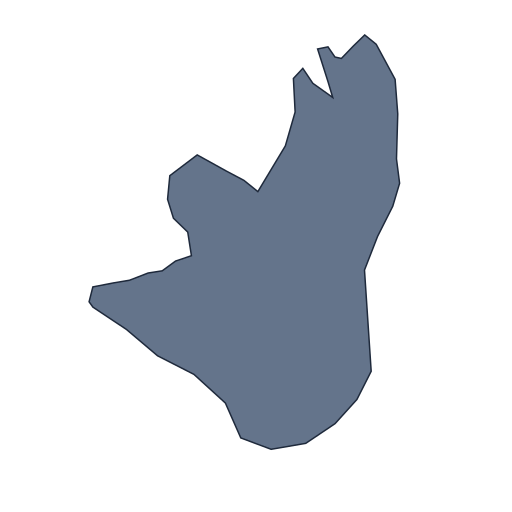 outline of Busan, rotated 168°
{"feature_id": "KOR-2507", "entity_name": "Busan", "entity_type": "Metropolitan City", "adm_level": 1, "iso_a3": "KOR", "parent_name": "South Korea", "parent_adm1": "", "projection": "mercator", "projection_center": [129.065, 35.158], "detail": "fine", "context": "isolated", "style": "filled", "palette": "slate", "viewbox_px": 512, "rotation_deg": 168, "n_neighbors": 0, "source": "natural_earth", "source_scale": "10m", "svg_char_len": 750}
<svg xmlns="http://www.w3.org/2000/svg" viewBox="0 0 512 512"><g transform="rotate(168 256 256)"><path d="M428.8,245.9L422.0,259.7L400.5,259.3L384.7,258.6L365.1,261.8L350.8,261.0L335.7,267.8L319.1,269.7L317.8,293.6L328.9,310.1L330.7,329.9L323.6,352.5L292.5,367.1L267.3,345.2L252.1,332.5L240.8,318.6L204.4,357.6L187.8,388.7L182.5,421.9L171.2,429.8L164.5,413.1L148.0,395.1L149.3,411.2L152.7,445.7L142.1,445.6L137.4,434.2L131.4,431.5L117.2,441.1L103.7,449.6L94.4,438.1L83.2,399.9L87.8,365.5L98.4,321.8L100.4,297.3L111.9,276.2L133.0,249.9L152.8,219.7L167.3,119.3L187.1,94.7L213.5,75.6L246.3,62.4L281.4,63.8L308.7,81.2L316.5,118.5L341.3,153.1L373.0,178.8L398.1,211.2L426.1,239.8L428.8,245.9Z" fill="#64748b" stroke="#1e293b" stroke-width="1.5"/></g></svg>